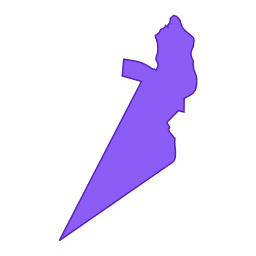 outline of Kisumu Central, Nyanza, Kenya
{"feature_id": "3690345B55069358333072", "entity_name": "Kisumu Central", "entity_type": "district", "adm_level": 2, "iso_a3": "KEN", "parent_name": "Kenya", "parent_adm1": "Nyanza", "projection": "equal_earth", "projection_center": [34.761, -0.118], "detail": "fine", "context": "isolated", "style": "filled", "palette": "violet", "viewbox_px": 256, "rotation_deg": 0, "n_neighbors": 0, "source": "geoboundaries", "source_scale": "gbopen_adm2", "svg_char_len": 1859}
<svg xmlns="http://www.w3.org/2000/svg" viewBox="0 0 256 256"><path d="M59.3,240.6L172.7,162.1L174.0,160.5L174.9,158.7L175.2,156.9L175.4,155.2L175.4,152.5L175.4,150.4L175.2,148.3L174.9,146.2L174.8,144.1L174.7,141.9L174.9,139.8L174.9,138.2L174.0,137.6L173.2,136.3L172.4,135.5L169.8,132.3L168.4,129.5L169.7,127.6L166.8,122.4L178.3,110.7L184.0,112.0L184.2,98.1L185.3,97.8L186.7,97.1L188.3,96.2L190.1,95.2L191.5,94.2L193.1,93.2L194.1,91.7L195.3,90.0L196.0,87.7L196.5,85.1L196.7,83.0L196.7,80.8L196.7,78.8L196.4,76.9L196.0,75.5L195.5,74.0L194.9,72.4L194.1,70.7L193.7,68.6L193.5,66.9L193.3,65.7L193.1,63.9L193.2,62.1L193.1,60.8L192.5,59.1L191.7,57.5L191.1,55.3L191.0,53.5L191.1,51.7L191.6,50.3L192.2,48.8L192.9,47.4L193.4,45.9L193.5,44.6L193.7,43.2L193.9,41.9L194.0,40.3L193.6,38.2L192.4,36.7L191.3,35.9L190.3,34.9L188.9,33.9L187.5,32.6L186.2,31.6L184.9,30.4L184.2,29.6L183.4,28.6L182.4,27.4L181.8,26.1L181.2,24.7L180.7,23.3L180.4,21.7L179.9,20.3L179.4,19.3L178.4,18.3L177.4,17.2L176.0,16.1L174.6,15.9L173.6,15.4L171.7,17.3L170.3,18.5L170.2,19.8L170.0,22.0L169.7,23.7L168.5,24.0L167.9,25.4L167.9,27.1L166.8,26.2L165.6,25.6L165.1,26.8L164.0,27.9L162.7,28.7L161.8,28.9L160.7,29.5L160.1,30.6L159.7,31.8L159.0,32.7L158.1,33.5L156.6,34.6L155.3,35.5L155.5,37.0L156.0,38.2L156.4,39.4L156.7,40.7L157.5,42.8L157.7,44.5L157.7,46.4L157.9,48.2L157.9,49.8L157.7,51.6L157.4,53.6L156.8,54.9L156.5,56.4L156.0,57.9L156.0,59.4L156.6,61.1L157.7,62.5L158.0,63.9L158.0,65.5L157.6,67.1L156.9,68.8L156.2,70.3L155.2,69.8L154.3,69.0L153.4,69.2L152.2,68.8L150.5,67.7L149.7,67.1L148.5,66.4L147.4,65.7L146.0,64.9L144.9,64.3L143.7,63.7L142.3,63.2L140.9,62.7L139.8,62.3L138.6,61.9L137.4,61.5L136.2,61.3L135.1,61.0L133.8,60.8L132.4,60.6L130.9,60.4L129.5,60.1L128.1,59.9L126.7,59.7L125.4,59.5L123.8,59.2L122.2,75.9L141.5,81.4L59.3,240.6Z" fill="#8b5cf6" stroke="#5b21b6" stroke-width="1.5"/></svg>